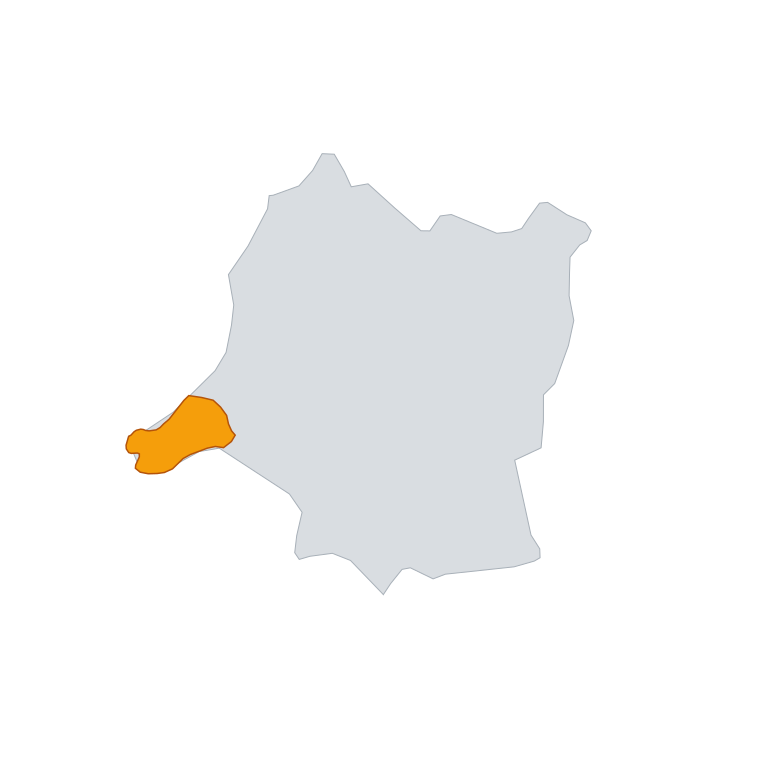 where Dragaš sits in Kosovo, rotated 59°
{"feature_id": "KOS-5909", "entity_name": "Dragaš", "entity_type": "District", "adm_level": 1, "iso_a3": "XKX", "parent_name": "Kosovo", "parent_adm1": "", "projection": "albers", "projection_center": [20.657, 41.99], "detail": "fine", "context": "in_parent", "style": "filled", "palette": "amber", "viewbox_px": 768, "rotation_deg": 59, "n_neighbors": 0, "source": "natural_earth", "source_scale": "10m", "svg_char_len": 1636}
<svg xmlns="http://www.w3.org/2000/svg" viewBox="0 0 768 768"><g transform="rotate(59 384 384)"><path d="M238.6,284.2L271.7,273.4L276.4,265.8L268.9,249.3L273.4,239.0L312.9,209.7L319.3,196.4L321.7,185.9L316.5,174.9L309.1,157.5L312.6,150.2L333.1,140.1L349.6,128.4L359.4,127.5L365.6,135.9L365.6,144.6L371.1,159.2L383.3,167.1L403.7,179.9L427.3,188.6L446.0,206.1L471.5,237.4L475.4,252.9L498.3,266.7L519.6,282.2L516.6,311.2L589.2,335.8L605.5,335.4L613.3,339.7L613.2,346.3L607.7,366.7L578.6,429.4L576.3,442.3L555.1,456.1L552.2,464.0L558.5,481.1L564.2,493.1L563.8,493.1L518.0,503.6L502.5,515.5L493.5,536.3L490.7,547.0L482.6,547.4L469.0,536.9L451.8,520.3L429.6,521.7L354.1,558.3L346.7,577.3L345.1,618.6L339.9,629.8L331.8,636.9L300.4,632.4L297.1,629.7L301.2,613.9L299.6,579.3L285.6,521.9L275.6,503.1L255.0,484.4L238.9,472.1L210.1,461.0L195.7,429.5L173.9,393.6L163.4,385.4L165.1,381.8L170.4,354.9L164.2,335.2L154.7,318.4L161.4,308.3L181.5,308.6L198.1,310.5L204.2,294.6L238.6,284.2Z" fill="#d9dde1" stroke="#a8b0b8" stroke-width="1"/><path d="M297.4,629.9L297.5,627.2L296.2,622.8L296.1,620.1L297.4,615.8L299.0,613.8L301.0,612.3L303.2,609.5L306.0,602.9L306.0,598.3L304.7,593.5L303.5,586.3L295.0,564.0L293.4,557.3L301.7,547.2L309.9,538.8L319.6,536.0L329.9,535.1L338.2,537.9L345.7,538.8L351.2,537.9L354.7,544.4L355.9,554.3L350.7,560.7L348.0,568.5L344.7,586.4L344.4,594.6L347.0,605.6L347.8,609.0L346.9,616.5L346.8,617.7L343.9,624.5L339.5,632.3L337.1,635.0L334.0,638.4L328.2,640.5L325.6,638.6L320.5,631.3L317.9,629.7L316.2,630.9L313.3,636.4L311.3,638.1L306.9,638.3L303.6,636.6L297.4,629.9Z" fill="#f59e0b" stroke="#b45309" stroke-width="1.5"/></g></svg>